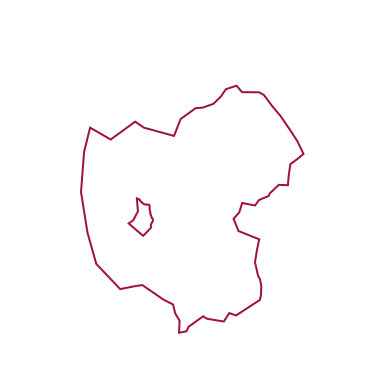 Taragt, Övörhangay, Mongolia (Robinson projection), rotated 218°
{"feature_id": "93677404B58682850586725", "entity_name": "Taragt", "entity_type": "district", "adm_level": 2, "iso_a3": "MNG", "parent_name": "Mongolia", "parent_adm1": "Övörhangay", "projection": "robinson", "projection_center": [102.735, 46.092], "detail": "fine", "context": "isolated", "style": "outline", "palette": "rose", "viewbox_px": 384, "rotation_deg": 218, "n_neighbors": 0, "source": "geoboundaries", "source_scale": "gbopen_adm2", "svg_char_len": 2018}
<svg xmlns="http://www.w3.org/2000/svg" viewBox="0 0 384 384"><g transform="rotate(218 192 192)"><path d="M311.9,180.0L301.7,157.1L279.4,123.6L249.2,95.5L223.1,76.4L188.8,71.3L178.7,83.0L173.8,88.1L148.3,89.6L137.7,91.7L130.3,85.9L122.5,82.9L115.6,73.1L110.6,78.8L111.7,83.9L106.7,100.9L102.3,101.3L87.2,109.5L88.1,119.5L81.3,121.8L72.1,148.7L73.9,152.8L79.4,160.4L84.7,165.1L88.4,166.7L99.2,175.5L105.3,186.7L109.9,196.1L131.3,189.9L142.8,196.5L142.2,205.0L145.7,214.2L134.0,220.2L134.3,226.8L129.0,236.4L129.9,238.5L128.0,251.1L120.6,256.4L125.7,264.2L131.6,274.4L129.3,282.8L127.6,290.7L140.0,296.8L152.4,301.1L169.0,306.4L181.1,308.9L195.0,312.7L200.5,311.9L214.0,301.5L222.4,303.2L228.6,293.8L228.0,285.0L229.4,274.7L235.4,265.2L240.8,260.2L245.9,242.5L240.7,225.1L269.5,213.1L280.1,212.4L288.4,183.3L311.9,180.0ZM222.7,143.5L231.4,152.9L231.2,152.9L230.9,152.9L230.7,153.0L230.5,153.3L230.4,153.4L230.1,153.6L229.8,153.4L229.5,153.4L229.2,153.6L228.7,153.7L228.1,153.6L227.7,153.3L227.5,153.1L227.3,153.1L227.2,153.1L226.6,153.0L226.3,152.9L225.8,153.0L225.5,153.0L225.1,152.8L224.8,152.8L224.0,152.9L223.1,152.8L222.6,152.8L222.0,152.9L221.7,153.1L221.2,153.5L220.9,153.6L220.6,153.7L220.3,154.0L220.2,154.0L219.9,154.2L219.6,154.4L219.2,154.6L218.7,155.0L217.9,155.6L216.9,154.9L215.3,153.1L215.0,152.6L214.6,152.1L214.2,151.7L213.8,151.4L213.5,151.2L212.9,150.8L212.5,150.6L212.4,150.5L212.2,150.3L212.1,150.0L212.0,149.7L211.8,149.5L211.6,149.3L211.4,149.1L211.1,149.0L210.7,148.9L210.2,148.4L209.9,148.2L209.7,148.2L209.3,147.9L208.6,147.4L207.9,146.9L207.6,146.8L207.2,146.8L206.6,146.7L206.4,146.7L205.9,146.2L205.5,145.7L205.2,145.3L205.1,145.0L205.0,144.8L205.0,144.7L204.8,143.7L204.7,143.4L204.6,142.8L204.5,141.9L204.2,140.9L203.8,140.1L203.2,139.6L202.3,138.9L202.9,132.9L202.9,132.7L203.5,127.4L211.8,127.7L212.4,127.8L212.6,127.8L214.8,127.9L217.5,128.0L217.9,128.0L221.0,128.2L222.5,128.3L221.6,131.4L221.5,131.6L220.9,133.6L222.7,143.5Z" fill="none" stroke="#9f1239" stroke-width="2"/></g></svg>